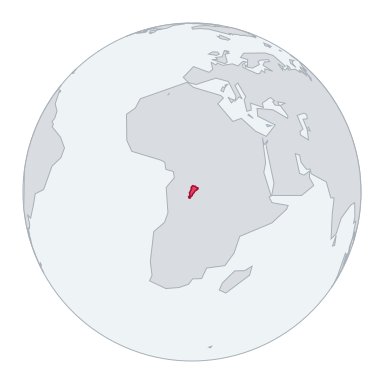 globe centered on Likouala, rotated 27°
{"feature_id": "COG-2838", "entity_name": "Likouala", "entity_type": "Region", "adm_level": 1, "iso_a3": "COG", "parent_name": "Republic of the Congo", "parent_adm1": "", "projection": "orthographic", "projection_center": [17.352, 1.476], "detail": "fine", "context": "on_globe", "style": "filled", "palette": "rose", "viewbox_px": 384, "rotation_deg": 27, "n_neighbors": 0, "source": "natural_earth", "source_scale": "10m", "svg_char_len": 8053}
<svg xmlns="http://www.w3.org/2000/svg" viewBox="0 0 384 384"><g transform="rotate(27 192 192)"><circle cx="192" cy="192" r="169" fill="#eef3f6" stroke="#a8b0b8"/><path d="M113.8,42.2L110.4,44.3L105.0,47.4L103.3,48.6L109.2,45.5L100.0,51.9L95.3,57.4L92.8,59.4L86.6,62.8L84.6,62.5L76.4,68.9L82.6,64.5L76.3,70.4L75.7,71.5L76.6,71.3L79.4,69.1L77.4,71.3L70.5,76.0L72.2,74.0L74.4,72.4L73.4,72.6L68.7,76.7L65.9,79.9L62.9,83.0L71.8,73.3L81.4,64.3L91.6,56.1L102.5,48.7L113.8,42.2ZM26.7,157.1L27.0,155.7L25.2,165.4L27.0,156.6L26.4,161.4L28.9,161.4L28.2,163.6L30.1,175.6L35.0,181.2L36.2,188.6L35.3,193.0L37.7,194.5L37.8,197.4L49.9,202.8L58.4,210.7L59.6,221.0L55.5,232.5L58.7,257.2L53.1,264.7L56.3,274.6L60.1,288.6L56.1,287.1L62.0,294.4L63.8,298.4L62.5,298.5L66.4,303.4L65.7,303.4L69.2,306.8L74.2,312.9L80.0,318.1L85.3,322.9L89.1,325.9L88.8,325.8L90.0,326.7L78.7,317.4L68.3,307.1L58.8,296.0L50.3,284.1L49.4,282.6L33.1,249.3L30.8,242.5L30.4,241.2L27.2,229.5L25.0,217.5L23.6,205.5L23.0,193.3L23.4,181.2L24.6,169.1L26.7,157.1ZM143.0,30.3L142.2,30.5L142.3,30.5L143.0,30.3ZM92.3,328.4L89.7,326.4L95.2,330.2L96.9,331.6L94.3,329.9L92.3,328.4ZM89.7,325.4L89.1,324.1L90.5,325.0L91.2,326.1L89.7,325.4ZM234.1,28.4L238.0,29.5L237.9,29.4L249.3,33.1L260.5,37.5L271.3,42.8L281.7,48.8L291.6,55.5L301.1,62.9L309.9,71.0L318.2,79.7L325.9,89.0L332.9,98.7L339.1,109.0L344.7,119.6L349.4,130.7L351.0,135.0L354.1,144.5L358.1,161.2L358.9,166.9L358.3,163.1L355.0,153.4L357.1,165.5L359.7,176.1L360.7,188.4L359.9,184.3L358.5,173.5L357.3,169.8L355.7,159.1L351.1,143.6L350.1,146.3L348.4,140.1L341.8,127.7L339.4,131.5L336.8,147.6L339.4,163.6L337.2,170.7L326.9,147.8L321.3,132.8L318.3,134.2L307.2,122.1L289.9,121.6L286.9,117.9L283.8,119.8L275.9,116.2L271.1,110.3L266.6,110.9L279.3,126.5L284.1,126.2L287.3,119.9L290.0,125.7L297.5,130.9L291.2,145.3L264.6,158.9L261.1,147.0L236.3,116.2L236.5,112.8L236.4,112.4L236.0,111.8L234.7,117.3L230.1,111.6L244.3,132.5L247.1,142.0L264.3,159.6L262.9,161.5L268.1,165.2L283.8,160.4L284.1,164.4L277.2,183.3L254.7,209.8L257.2,227.5L254.7,242.7L239.6,253.1L239.9,264.8L232.0,269.1L230.8,275.8L223.8,283.0L212.5,289.9L194.5,290.4L194.2,284.4L186.4,272.8L175.9,244.6L181.3,231.5L180.0,221.4L166.9,199.6L169.8,187.3L166.1,182.2L158.5,183.7L154.1,177.8L149.5,177.8L119.9,183.1L110.5,175.6L98.3,152.5L103.4,143.0L103.6,132.4L137.8,96.5L145.8,98.1L173.7,93.0L177.3,94.0L174.9,101.7L196.4,110.6L202.4,104.0L221.1,109.0L233.0,108.7L235.7,94.5L216.2,94.6L212.0,88.0L226.9,82.0L243.8,83.0L242.8,80.5L231.4,74.9L234.5,70.7L227.3,72.8L230.8,75.2L226.4,76.9L222.9,74.8L224.2,73.2L218.9,72.2L214.3,80.9L217.3,84.3L203.9,86.2L207.6,92.2L204.2,95.2L196.6,86.2L196.8,82.8L183.3,74.1L181.9,77.6L194.5,86.4L190.9,85.7L189.1,91.5L187.6,86.7L174.2,77.0L161.6,79.7L146.8,94.4L139.1,96.1L132.2,93.8L136.4,79.6L153.0,77.6L154.7,73.3L150.3,67.8L155.7,67.9L156.0,65.7L162.1,65.1L169.8,59.5L175.9,58.7L177.9,52.5L181.4,51.5L179.2,55.3L180.9,57.9L196.0,57.1L198.6,55.8L198.7,52.0L202.8,52.7L201.0,49.2L209.2,47.8L197.7,46.8L197.6,43.2L202.0,40.6L199.8,39.4L192.7,43.8L191.7,45.9L194.1,47.8L189.6,54.2L184.6,55.5L181.5,48.7L174.2,50.1L175.0,44.9L193.9,35.0L202.2,33.5L218.0,37.5L216.7,39.4L210.3,38.6L217.1,42.2L216.1,40.5L219.5,41.3L220.2,38.7L222.7,39.2L219.2,36.2L222.3,36.5L224.4,38.4L228.1,35.7L234.3,36.3L234.0,35.5L231.8,34.5L241.1,36.3L240.4,35.7L237.1,34.8L233.7,33.2L231.1,31.2L234.5,31.9L235.9,32.7L243.7,35.8L246.8,38.3L248.0,38.5L246.1,36.5L236.4,32.7L234.0,31.3L238.8,32.9L236.8,32.2L236.7,31.8L239.6,32.2L234.4,30.5L228.0,27.0L232.5,28.0L234.1,28.4ZM127.1,113.9L126.4,117.0L127.1,113.9ZM262.7,91.9L272.2,92.7L266.3,84.1L269.5,83.9L266.3,81.3L265.8,83.6L257.9,76.7L261.4,74.5L259.4,71.2L256.1,70.8L250.9,76.1L262.3,85.6L260.8,89.0L262.7,91.9ZM29.0,161.3L29.1,163.2L28.5,163.2L29.0,161.3ZM32.5,138.7L32.7,139.7L32.0,140.3L32.5,138.7ZM33.1,134.4L32.3,138.4L31.0,141.0L31.3,139.7L31.8,138.2L33.1,134.5L33.1,134.4ZM76.7,70.1L77.2,69.8L77.6,70.2L76.3,71.1L76.7,70.1ZM86.1,66.4L82.7,70.2L84.2,67.9L81.7,69.6L81.7,67.3L91.6,60.4L87.1,63.7L86.1,66.4ZM84.5,63.1L83.4,64.9L84.2,63.2L84.5,63.1ZM151.3,55.7L153.7,56.7L151.8,59.2L144.1,61.6L146.7,57.8L151.3,55.7ZM157.5,57.8L156.6,51.2L161.4,49.9L158.9,51.6L162.1,51.5L158.9,54.3L164.4,60.1L163.0,62.8L149.5,64.9L154.6,62.5L152.0,61.4L157.5,57.8ZM145.9,41.1L145.6,39.5L156.4,38.6L155.4,40.3L147.7,42.4L144.2,41.7L145.9,41.1ZM129.0,35.2L129.6,35.0L127.3,35.9L126.8,36.1L129.0,35.2ZM141.7,30.7L132.3,34.3L130.8,34.7L126.8,37.0L121.4,39.2L124.2,37.5L117.1,41.3L117.4,40.7L113.0,43.2L119.8,39.3L119.8,39.2L121.0,38.7L121.8,38.3L126.8,36.2L128.9,35.3L132.6,33.8L141.7,30.7ZM178.8,24.9L174.6,25.0L179.4,25.6L174.5,26.2L175.4,26.2L172.1,27.0L169.7,28.2L167.4,28.5L167.5,28.9L165.3,29.6L164.7,30.3L160.2,31.2L159.0,32.2L157.6,32.0L156.7,33.7L155.4,32.9L152.5,34.1L155.3,34.3L133.0,39.3L124.7,42.9L118.5,46.6L117.1,45.4L121.9,41.4L129.9,36.8L138.2,33.9L136.0,34.1L139.3,32.9L139.6,33.2L141.1,32.1L143.9,31.2L151.0,28.7L151.4,28.1L154.0,27.4L155.3,27.3L157.0,26.7L161.1,26.1L163.1,25.7L169.1,24.9L170.4,25.2L172.5,24.7L177.2,24.4L178.8,24.9ZM170.6,24.4L172.1,24.3L170.7,24.6L160.8,26.0L158.4,26.4L154.1,27.3L170.6,24.4ZM180.9,91.1L183.6,91.4L187.8,90.9L186.7,94.7L180.9,91.1ZM171.6,84.5L174.0,84.0L174.5,88.6L171.7,88.6L171.6,84.5ZM174.9,79.9L174.1,83.6L172.9,81.6L174.9,79.9ZM181.3,54.8L183.8,54.2L184.2,55.1L183.1,56.5L181.3,54.8ZM191.8,28.5L189.7,28.1L190.3,27.9L188.3,26.6L191.8,26.4L194.4,27.1L191.8,28.5ZM232.6,96.9L229.5,99.6L227.6,98.3L229.0,97.6L232.6,96.9ZM207.2,96.9L213.2,98.6L206.8,98.0L207.2,96.9ZM195.3,28.1L194.1,27.5L196.6,27.8L195.3,28.1ZM194.2,26.2L197.1,26.4L192.0,26.2L194.2,26.2ZM279.5,320.5L279.2,322.5L277.3,322.7L279.5,320.5ZM281.1,239.9L268.0,266.7L260.8,266.9L260.4,259.1L265.9,242.9L274.6,238.2L279.2,230.8L281.1,239.9ZM359.5,213.8L359.7,212.3L360.0,209.4L360.0,209.8L359.5,213.8ZM360.0,209.3L359.8,200.7L356.5,176.8L357.8,177.3L360.6,192.0L360.6,194.4L360.7,201.1L360.0,209.3ZM340.1,165.1L343.3,174.8L341.7,176.4L340.1,165.1ZM223.2,28.6L222.1,30.3L223.6,32.1L228.0,33.7L221.3,32.5L218.9,29.7L223.2,28.6ZM227.0,27.0L223.1,26.1L225.0,26.4L226.2,26.6L227.0,27.0ZM224.5,26.5L219.2,25.7L217.2,25.2L221.7,25.9L224.5,26.5ZM207.3,25.9L206.8,26.3L204.8,26.0L207.3,25.9Z" fill="#d9dde1" stroke="#a8b0b8" stroke-width="1"/><path d="M195.8,186.1L195.8,186.6L195.8,187.0L195.7,187.0L195.5,187.3L195.4,187.6L195.3,187.8L195.2,187.9L195.2,188.0L195.1,188.3L194.8,188.7L194.8,188.8L194.6,188.9L194.6,189.0L194.5,189.3L194.4,189.5L194.2,189.7L194.1,190.0L194.1,190.5L194.1,190.8L194.1,191.7L194.1,191.8L193.9,192.2L193.9,192.3L193.8,192.7L193.8,192.8L193.7,193.1L193.5,193.3L193.6,193.6L193.6,193.8L193.6,194.2L193.6,194.5L193.7,194.8L193.8,194.9L193.8,195.0L193.7,195.2L193.7,195.3L193.5,195.6L193.2,196.3L193.1,196.9L193.1,197.0L193.1,197.4L193.2,197.9L193.1,198.0L192.9,198.2L192.9,198.3L192.7,198.4L192.6,198.6L191.8,198.6L191.7,198.5L191.7,198.4L191.6,198.2L191.6,197.9L191.6,197.7L191.4,197.7L191.5,197.4L191.4,197.4L191.5,197.2L191.4,197.2L191.4,196.9L191.5,196.9L191.5,196.7L191.5,196.4L191.4,196.4L191.4,196.2L191.5,196.1L191.5,195.9L191.6,195.7L191.3,195.3L191.2,195.2L190.1,193.9L190.1,193.7L190.1,193.4L190.3,193.2L190.3,192.9L190.3,192.6L190.2,192.5L190.2,192.4L190.1,192.2L190.1,191.9L190.1,191.6L190.1,191.4L190.2,191.1L190.2,190.9L190.2,190.7L190.1,190.3L190.2,190.2L190.3,190.1L190.2,190.0L190.2,189.9L190.2,189.7L190.2,189.4L190.0,189.1L189.9,189.0L189.8,188.9L189.8,189.0L189.7,189.0L189.7,188.9L189.5,188.7L189.4,188.6L189.5,188.5L189.4,188.4L189.3,188.2L189.4,187.9L189.3,187.6L189.4,187.4L189.5,187.3L189.4,187.2L189.5,186.8L189.5,186.7L189.6,186.3L189.7,186.1L189.8,186.0L189.9,185.9L190.0,185.9L190.4,186.0L190.5,186.0L190.5,185.9L190.8,185.9L191.0,185.9L191.3,185.8L191.5,185.8L191.6,185.7L191.8,185.7L192.0,185.6L192.3,185.4L192.4,185.5L192.5,185.5L192.8,185.7L193.1,185.7L193.3,185.7L193.4,185.8L193.5,185.9L193.8,185.9L194.0,185.8L194.3,185.9L194.3,186.0L194.5,186.1L194.6,185.9L195.0,185.8L195.1,185.7L195.3,185.6L195.4,185.8L195.5,186.0L195.8,186.1Z" fill="#f43f5e" stroke="#9f1239" stroke-width="1.5"/></g></svg>